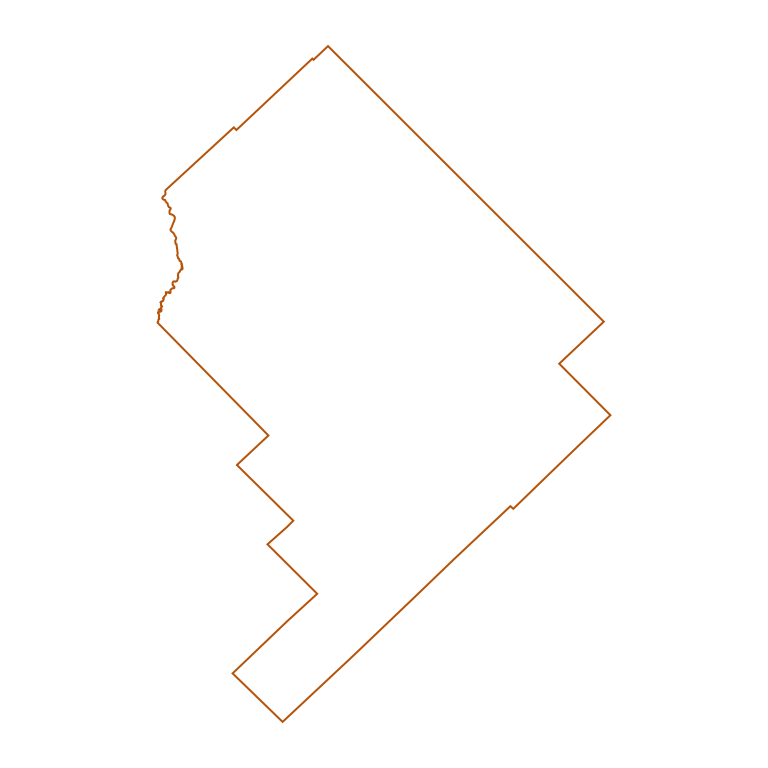 General La Madrid, Buenos Aires, Argentina
{"feature_id": "61730980B93674688207762", "entity_name": "General La Madrid", "entity_type": "district", "adm_level": 2, "iso_a3": "ARG", "parent_name": "Argentina", "parent_adm1": "Buenos Aires", "projection": "robinson", "projection_center": [-61.69, -37.401], "detail": "fine", "context": "isolated", "style": "outline", "palette": "amber", "viewbox_px": 768, "rotation_deg": 0, "n_neighbors": 0, "source": "geoboundaries", "source_scale": "gbopen_adm2", "svg_char_len": 4204}
<svg xmlns="http://www.w3.org/2000/svg" viewBox="0 0 768 768"><path d="M282.6,721.9L283.1,721.4L353.5,655.5L416.6,595.2L454.2,559.0L510.4,506.2L513.3,508.8L546.7,476.4L578.6,445.6L610.4,415.2L559.2,363.7L583.5,340.8L603.8,321.7L547.1,264.9L541.4,259.3L328.0,46.1L313.5,59.8L312.3,58.6L236.4,130.0L233.8,127.4L165.6,190.1L165.2,191.6L165.3,192.0L165.4,192.5L165.5,193.1L165.4,193.9L165.2,194.7L164.9,195.2L164.4,195.7L163.9,195.9L163.4,196.3L163.0,196.6L162.7,197.2L162.4,197.7L162.4,198.5L162.7,198.9L163.1,199.3L163.7,199.7L164.5,199.8L165.2,200.1L165.3,200.3L165.4,200.7L165.6,201.4L166.2,202.1L166.7,202.7L167.5,203.3L167.8,204.5L167.9,205.0L168.1,205.5L168.3,206.1L168.6,206.6L168.9,207.2L169.6,207.5L170.3,207.7L170.6,208.0L170.7,208.9L170.3,209.5L170.0,209.9L169.6,210.4L169.5,211.2L169.5,211.9L169.5,212.6L169.5,213.1L169.7,213.6L170.1,214.2L170.9,214.2L171.5,214.4L172.3,214.8L173.2,215.2L174.0,215.9L174.6,216.7L174.8,217.3L174.8,218.0L174.8,218.5L174.6,219.4L174.6,219.7L174.3,220.4L174.1,221.3L173.5,222.4L173.1,223.4L172.7,224.4L172.4,225.3L172.0,226.4L171.7,227.1L171.4,227.7L171.1,228.4L170.7,228.9L170.5,229.8L170.8,230.6L171.4,231.4L172.0,231.9L172.3,232.1L173.0,232.6L173.7,233.5L174.4,234.4L174.6,235.4L175.0,236.0L175.7,236.8L176.1,237.5L176.2,238.3L176.1,238.9L175.7,239.7L175.4,240.1L175.2,240.8L175.4,241.5L175.3,242.3L175.5,242.8L175.6,243.2L175.6,243.8L175.9,244.1L176.5,244.2L176.7,244.6L176.6,245.2L176.7,246.0L176.7,246.7L176.9,247.1L177.0,247.7L177.0,248.5L177.3,249.3L177.3,249.9L177.3,250.7L177.4,251.5L177.5,252.2L177.7,253.0L177.6,254.0L177.3,254.6L177.2,255.3L177.4,255.5L177.4,256.0L177.7,256.6L177.9,257.2L178.0,258.1L178.6,258.5L179.1,258.9L179.3,259.6L179.4,260.4L179.7,260.9L180.2,261.1L180.6,261.2L180.9,261.5L181.2,262.2L181.3,262.6L181.3,263.1L181.8,263.8L181.5,264.0L181.4,264.3L181.6,264.9L182.0,265.2L182.1,265.6L182.2,266.0L181.8,266.3L182.1,266.8L182.4,267.2L182.2,267.6L181.8,267.8L181.5,268.0L181.7,268.5L182.1,268.9L182.4,268.9L182.3,269.3L182.0,269.5L181.5,269.5L181.1,269.6L180.6,270.0L180.2,270.5L180.1,271.1L179.9,271.6L179.6,271.9L179.1,272.3L178.8,272.6L178.4,273.2L178.1,273.9L178.1,274.2L178.1,274.7L178.0,275.2L178.0,275.7L178.2,276.3L178.0,276.7L178.1,277.0L178.3,277.2L178.3,277.6L178.1,278.1L177.8,278.5L177.6,279.0L177.6,279.5L177.4,279.9L177.2,280.5L177.0,280.9L176.6,281.0L176.3,281.1L175.8,281.6L175.3,281.7L175.0,281.5L174.5,281.4L173.7,281.4L173.2,281.6L172.9,282.3L172.6,282.9L172.6,283.3L172.5,284.1L172.8,284.5L172.8,285.2L173.1,285.6L173.6,286.0L173.8,286.3L174.0,286.8L174.3,286.8L174.4,287.3L174.4,287.8L174.0,288.2L173.5,288.3L172.7,288.3L171.9,288.5L171.4,288.8L171.2,289.2L170.9,289.6L170.5,289.9L170.3,290.5L170.5,291.4L170.5,292.3L170.4,292.8L170.1,293.0L169.4,293.1L169.0,293.0L168.7,292.4L168.6,292.2L168.0,292.2L167.6,292.5L167.2,292.7L166.8,292.9L166.4,292.7L166.2,292.2L165.9,292.2L165.8,292.4L165.9,292.9L165.9,293.3L166.1,293.9L165.9,294.2L165.9,294.6L165.7,295.0L165.5,295.4L164.6,296.2L164.0,297.0L163.8,297.4L163.5,297.7L163.4,298.1L163.1,298.4L163.3,298.8L163.7,298.9L163.7,299.3L163.5,299.8L163.3,300.4L163.1,300.8L162.8,301.0L162.3,301.0L162.0,301.4L161.8,301.7L161.5,301.6L161.2,301.6L161.0,301.9L160.7,302.1L160.5,302.4L160.8,302.7L160.9,303.2L161.0,303.9L161.1,304.3L161.0,304.9L161.0,305.4L161.4,305.7L161.7,305.9L162.1,306.4L161.9,306.8L161.6,307.1L161.2,307.2L161.0,307.6L160.9,308.0L160.6,308.5L160.2,308.9L159.9,309.0L159.6,309.2L159.1,309.4L158.8,309.9L159.4,310.1L159.8,310.0L160.2,309.9L160.4,309.8L160.9,309.9L161.2,309.9L161.5,309.8L161.5,310.2L161.4,310.4L161.3,310.9L161.2,311.3L160.7,311.6L160.1,311.7L159.6,311.8L159.3,311.8L159.1,312.0L158.5,312.1L158.0,312.3L158.0,312.6L158.1,313.1L158.2,313.5L158.4,313.6L158.7,313.8L159.0,314.2L159.1,314.7L159.2,315.2L159.2,315.5L159.0,315.9L158.9,316.5L159.0,316.9L159.0,317.5L158.8,317.9L159.0,318.2L159.2,318.7L159.2,319.0L158.8,319.3L158.6,319.5L158.4,319.7L158.3,320.1L158.3,320.5L158.3,320.8L158.2,321.2L158.2,321.4L157.9,321.7L157.7,321.9L157.6,322.2L157.6,322.7L268.4,435.5L237.3,464.6L237.5,464.8L237.1,465.2L293.3,520.7L287.1,526.9L267.5,544.3L317.2,593.8L287.0,621.4L232.6,673.4L282.6,721.9Z" fill="none" stroke="#b45309" stroke-width="2"/></svg>